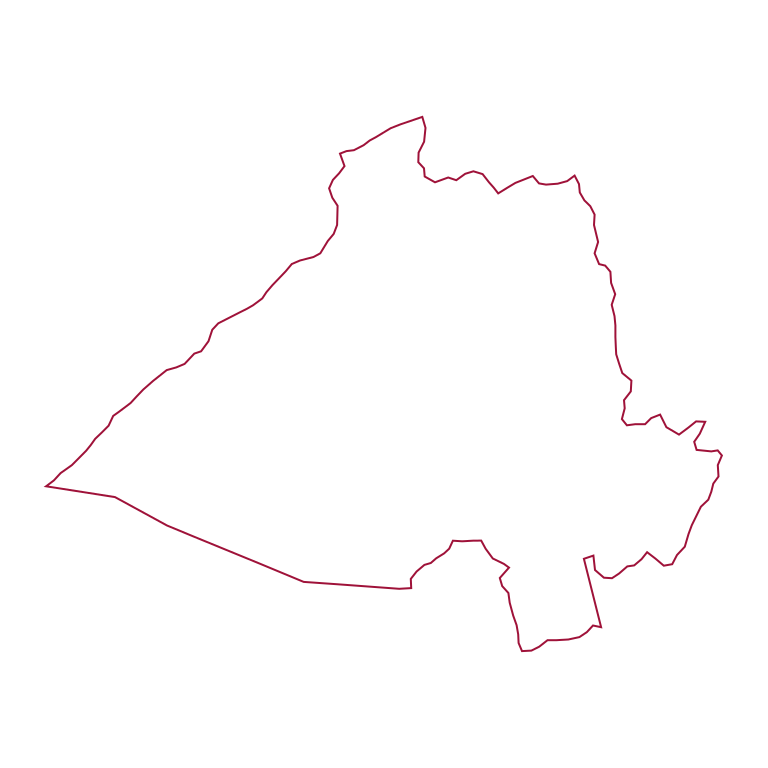 outline of Tarrafas, Ceará, Brazil
{"feature_id": "56859067B6243055692939", "entity_name": "Tarrafas", "entity_type": "district", "adm_level": 2, "iso_a3": "BRA", "parent_name": "Brazil", "parent_adm1": "Ceará", "projection": "robinson", "projection_center": [-39.719, -6.722], "detail": "fine", "context": "isolated", "style": "outline", "palette": "rose", "viewbox_px": 768, "rotation_deg": 0, "n_neighbors": 0, "source": "geoboundaries", "source_scale": "gbopen_adm2", "svg_char_len": 2351}
<svg xmlns="http://www.w3.org/2000/svg" viewBox="0 0 768 768"><path d="M46.1,486.3L115.0,497.1L167.0,525.5L193.3,536.4L259.9,563.7L303.7,581.9L338.0,584.3L399.2,588.8L411.2,588.1L410.8,578.9L416.6,571.5L424.4,564.9L430.8,563.0L436.2,558.3L444.1,553.4L449.2,548.7L452.9,540.7L462.2,541.3L472.8,540.7L481.2,540.6L485.6,548.7L492.8,558.5L503.9,563.9L509.0,567.6L499.8,578.0L502.2,586.1L508.4,593.0L509.7,602.7L513.2,615.6L516.6,625.2L518.2,634.4L518.6,643.0L522.0,651.1L531.4,650.6L539.2,646.7L547.5,640.2L556.2,640.2L568.3,639.5L579.4,637.1L586.9,632.1L593.0,625.5L601.1,627.2L583.9,558.8L593.4,555.6L595.0,570.0L603.9,577.7L612.0,578.2L619.1,573.5L627.3,566.4L634.2,565.4L641.6,559.1L647.1,552.2L655.3,558.5L663.8,565.7L672.2,564.2L677.0,555.0L684.8,546.7L688.5,534.1L691.8,525.2L700.9,506.7L708.3,499.7L711.3,491.7L713.3,483.6L718.5,476.5L717.8,465.1L721.9,455.5L717.7,450.4L711.3,451.4L696.6,449.9L694.2,441.8L699.8,433.7L705.2,421.8L696.1,421.4L688.5,427.5L679.0,434.6L666.4,427.2L660.1,414.6L651.2,418.1L645.1,424.2L635.2,424.2L626.9,425.3L621.9,419.1L624.7,408.3L624.0,400.2L630.8,391.4L631.4,380.6L622.3,373.1L619.1,363.6L616.2,354.3L615.8,346.6L615.4,337.0L615.4,325.4L614.5,316.1L611.7,304.8L615.2,294.2L611.1,282.9L610.4,271.8L605.2,265.6L599.1,264.1L594.6,253.3L598.1,242.0L594.0,225.0L594.6,214.6L590.3,206.2L584.4,200.4L579.8,192.5L579.0,184.1L574.6,175.6L567.2,181.1L557.7,183.7L546.0,184.6L539.0,183.4L532.8,176.0L524.0,179.5L515.4,182.9L506.9,188.0L498.2,193.4L493.7,187.6L489.0,182.3L482.6,174.1L473.4,171.3L465.2,173.8L456.3,180.2L448.2,177.5L435.0,182.3L424.7,176.5L424.0,168.3L418.3,162.2L418.6,152.6L424.1,141.7L425.5,127.9L422.3,116.9L400.6,124.3L390.7,128.2L382.9,132.9L376.0,137.1L369.7,140.5L363.6,145.2L353.9,150.2L346.5,151.1L340.0,153.6L344.5,166.1L339.1,173.3L332.9,179.9L329.1,188.3L332.3,197.7L337.6,205.8L337.1,225.0L333.7,233.9L327.8,241.0L320.3,253.3L313.5,257.0L300.0,260.5L291.8,264.0L285.7,271.3L272.3,285.3L266.4,292.2L262.3,298.4L253.0,305.3L246.9,308.8L240.1,312.2L230.3,317.2L218.3,323.3L212.3,329.7L208.5,341.2L201.1,351.3L194.3,353.6L184.6,363.9L176.3,367.4L166.7,370.1L153.1,380.9L143.3,389.5L136.7,396.4L130.6,403.0L123.6,408.3L118.4,412.2L113.2,415.9L108.6,425.7L101.4,432.9L95.2,438.8L90.8,445.0L86.1,450.8L71.9,465.1L60.6,473.1L53.9,480.4L46.1,486.3Z" fill="none" stroke="#9f1239" stroke-width="2"/></svg>